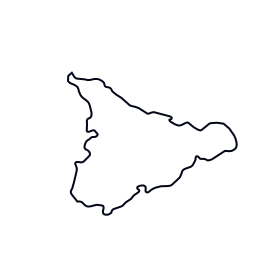 an SVG outline of Alba, rotated 146°
{"feature_id": "ROU-294", "entity_name": "Alba", "entity_type": "County", "adm_level": 1, "iso_a3": "ROU", "parent_name": "Romania", "parent_adm1": "", "projection": "robinson", "projection_center": [23.52, 46.007], "detail": "fine", "context": "isolated", "style": "outline", "palette": "ink", "viewbox_px": 256, "rotation_deg": 146, "n_neighbors": 0, "source": "natural_earth", "source_scale": "10m", "svg_char_len": 2792}
<svg xmlns="http://www.w3.org/2000/svg" viewBox="0 0 256 256"><g transform="rotate(146 128 128)"><path d="M58.1,86.1L57.1,85.9L51.7,82.9L46.3,78.1L44.3,70.8L44.2,62.4L44.8,59.1L46.0,55.6L47.4,53.1L48.8,51.7L50.1,51.0L51.6,50.8L52.9,50.8L54.4,51.0L55.4,51.3L57.1,52.2L60.4,54.8L76.0,55.1L78.6,55.8L80.1,56.6L81.1,58.5L81.7,59.3L82.7,60.2L84.1,61.1L85.0,61.8L85.5,62.6L85.7,64.2L85.9,65.1L86.7,66.1L87.5,66.2L88.3,65.8L89.5,64.3L90.4,63.5L94.9,61.1L96.0,60.8L98.0,60.8L103.1,62.2L105.0,62.4L106.4,62.2L107.4,61.7L108.5,60.8L112.5,58.1L123.7,56.3L125.5,56.7L127.1,57.4L133.3,61.3L138.8,63.2L141.2,63.6L143.2,63.7L146.8,63.4L148.1,63.8L148.7,64.6L148.8,65.7L147.9,67.0L147.0,68.2L146.4,69.3L146.6,70.5L147.4,71.8L149.7,73.2L151.5,73.7L153.1,73.8L153.8,73.3L154.1,72.6L153.9,71.6L153.6,70.7L153.6,69.8L154.3,69.2L155.5,68.9L160.7,68.9L162.0,68.6L164.2,67.8L165.3,67.5L170.3,67.6L171.9,67.5L176.0,66.6L178.2,66.9L185.1,68.8L186.6,68.8L188.4,68.0L189.3,67.0L192.7,67.2L194.4,68.2L195.7,69.3L196.1,70.1L196.3,71.0L195.9,72.2L195.0,73.4L193.7,74.5L192.8,75.4L192.2,77.1L192.7,78.1L196.2,81.3L197.3,82.0L203.4,84.2L205.7,85.8L206.8,87.9L207.7,92.3L208.6,93.5L209.4,94.3L211.1,95.3L211.8,104.4L211.7,105.8L211.2,107.0L210.0,108.1L207.8,109.2L206.1,110.8L203.7,112.7L194.4,121.3L193.1,123.0L192.4,125.0L191.9,127.6L191.4,128.3L190.6,128.7L189.6,128.5L188.6,127.9L186.6,126.1L185.6,125.4L184.6,125.1L183.3,125.0L175.7,126.5L174.3,127.3L173.6,128.6L173.5,130.8L174.0,132.2L174.8,133.5L175.2,134.8L174.9,136.4L173.2,138.2L171.7,139.3L170.0,140.2L168.7,140.4L167.6,140.4L166.8,140.3L166.0,140.3L164.2,140.7L163.1,140.6L162.2,140.2L161.2,139.5L160.2,139.0L159.1,138.8L158.0,138.9L157.2,139.2L156.6,140.0L157.1,144.5L157.9,145.4L158.9,145.9L161.8,146.5L163.1,147.1L163.8,147.8L163.6,149.0L159.8,154.1L158.4,156.6L157.6,157.4L156.9,157.9L155.8,158.0L154.1,157.7L153.3,157.7L152.5,158.0L151.7,158.5L150.8,159.5L150.1,160.4L149.4,161.8L146.9,168.8L146.5,171.3L147.3,174.8L148.1,176.8L148.8,179.1L149.0,181.7L148.2,185.8L147.3,188.2L147.0,190.4L148.1,193.4L150.8,197.5L151.3,199.3L151.4,200.6L148.4,204.6L143.7,205.2L143.9,200.6L143.7,199.6L143.3,198.2L142.6,197.4L137.0,192.8L134.6,190.3L132.7,189.1L128.4,187.4L125.7,185.5L124.4,183.8L123.2,181.4L122.8,180.0L122.7,178.8L123.0,177.8L123.4,176.7L123.7,175.8L123.3,174.5L121.0,172.1L120.4,171.0L120.2,169.9L120.5,167.3L120.0,165.3L119.1,162.3L116.6,156.6L113.9,146.0L112.9,144.4L110.0,141.3L108.1,138.7L103.8,129.0L102.6,128.2L100.4,127.8L97.8,126.8L87.1,114.6L86.3,113.4L86.0,112.4L86.2,111.8L86.6,111.4L87.3,111.3L88.1,111.4L89.0,111.7L89.4,111.2L89.3,109.8L87.5,105.8L86.2,103.6L84.8,101.9L83.6,101.1L82.2,100.6L77.2,99.9L75.9,99.5L75.1,98.7L73.3,92.6L71.6,88.7L70.4,86.7L69.3,85.5L68.2,85.2L58.1,86.1Z" fill="none" stroke="#020617" stroke-width="2"/></g></svg>